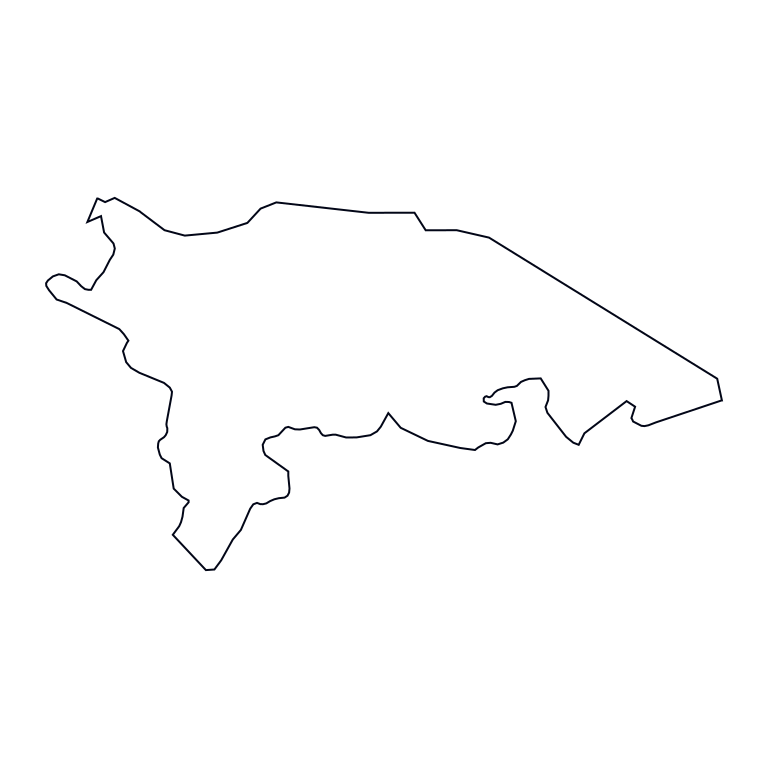 outline of Thurgau
{"feature_id": "CHE-174", "entity_name": "Thurgau", "entity_type": "Canton", "adm_level": 1, "iso_a3": "CHE", "parent_name": "Switzerland", "parent_adm1": "", "projection": "orthographic", "projection_center": [9.06, 47.531], "detail": "fine", "context": "isolated", "style": "outline", "palette": "ink", "viewbox_px": 768, "rotation_deg": 0, "n_neighbors": 0, "source": "natural_earth", "source_scale": "10m", "svg_char_len": 2257}
<svg xmlns="http://www.w3.org/2000/svg" viewBox="0 0 768 768"><path d="M139.9,211.5L140.5,212.1L164.5,230.2L184.8,235.6L217.3,232.6L247.4,222.9L260.6,208.6L276.3,202.4L368.7,212.8L414.5,212.7L425.7,230.3L456.7,230.2L489.0,237.6L717.2,378.7L721.9,400.4L721.7,400.4L655.9,422.4L648.4,425.3L644.5,426.1L641.4,425.8L633.1,421.5L632.3,419.6L631.4,418.1L635.1,406.7L626.6,401.1L584.4,433.3L578.7,444.8L573.3,442.7L566.1,436.8L547.4,412.8L545.5,407.0L548.1,400.3L548.5,395.8L548.5,390.8L540.7,378.4L529.0,378.9L524.9,380.2L521.0,381.9L516.9,385.9L514.4,386.8L507.6,387.3L502.9,388.3L497.7,390.2L494.5,392.6L491.9,395.9L489.8,397.2L488.4,397.1L486.6,396.2L485.1,396.7L483.7,398.3L483.8,401.5L486.9,403.5L495.7,404.8L500.8,403.8L505.3,401.9L509.0,402.0L511.5,402.8L515.8,421.2L512.8,430.7L510.9,434.5L507.8,439.3L503.3,442.6L497.6,444.4L490.6,442.8L485.8,443.2L478.2,447.5L475.0,450.0L460.3,448.0L427.9,440.9L400.7,427.8L388.3,413.1L380.8,426.7L377.0,431.4L370.4,435.2L356.6,437.4L346.2,437.5L335.8,434.7L332.6,434.7L325.2,435.9L322.8,435.2L320.9,433.1L319.2,430.0L317.0,427.7L314.3,427.2L299.9,429.5L294.9,429.3L288.3,426.9L285.4,427.7L278.4,435.2L274.9,436.4L270.4,437.4L265.4,439.4L262.7,444.8L263.5,451.0L265.3,455.0L288.3,471.5L288.3,475.9L289.5,488.5L289.1,492.6L287.5,495.7L284.6,497.6L278.8,498.2L274.3,499.3L270.1,501.1L266.3,503.4L263.0,504.2L260.2,504.1L257.0,502.9L253.3,504.3L250.2,508.7L240.9,529.9L232.8,539.5L221.2,560.3L214.4,569.5L205.9,570.1L172.8,534.8L179.2,526.2L181.0,522.2L182.5,516.7L183.7,508.0L188.6,502.3L188.6,500.5L181.9,496.8L173.7,488.6L169.8,463.4L161.6,458.2L159.8,454.6L157.9,447.5L158.2,443.5L158.8,441.3L160.2,439.8L164.0,437.2L165.7,435.2L167.2,432.0L167.3,429.7L167.3,428.1L166.7,426.5L166.4,424.2L166.8,421.3L171.6,395.4L172.0,391.7L169.8,387.6L164.0,382.9L139.4,372.8L131.0,367.9L126.2,362.2L123.0,351.1L126.9,342.9L128.4,340.7L123.9,334.2L119.3,329.1L66.6,302.9L56.6,299.5L49.1,290.3L46.3,285.9L46.1,283.2L47.9,280.5L52.9,276.4L58.8,274.3L64.8,275.3L76.7,281.4L81.2,286.2L84.9,289.1L88.4,289.8L91.1,289.8L96.3,280.2L103.5,272.2L109.8,259.9L113.3,254.6L114.8,248.5L113.5,243.5L104.1,232.5L101.0,216.1L87.4,222.0L97.2,198.5L97.8,198.5L105.1,202.1L114.7,197.9L139.9,211.5Z" fill="none" stroke="#020617" stroke-width="2"/></svg>